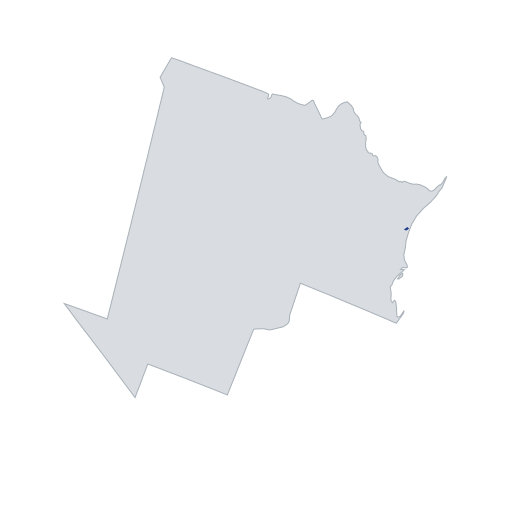 Dar Naim, Nouakchott, Mauritania (highlighted), rotated 203°
{"feature_id": "47542326B20684442825570", "entity_name": "Dar Naim", "entity_type": "district", "adm_level": 2, "iso_a3": "MRT", "parent_name": "Mauritania", "parent_adm1": "Nouakchott", "projection": "albers", "projection_center": [-15.933, 18.106], "detail": "fine", "context": "in_parent", "style": "filled", "palette": "blue", "viewbox_px": 512, "rotation_deg": 203, "n_neighbors": 0, "source": "geoboundaries", "source_scale": "gbopen_adm2", "svg_char_len": 3570}
<svg xmlns="http://www.w3.org/2000/svg" viewBox="0 0 512 512"><g transform="rotate(203 256 256)"><path d="M227.5,431.9L226.9,431.7L224.0,429.7L222.5,427.3L220.2,425.6L217.0,424.4L215.0,423.1L214.0,421.5L212.8,420.5L211.5,420.0L211.4,419.4L211.7,418.7L211.4,417.2L209.5,414.1L207.7,412.7L206.2,412.9L205.4,412.5L204.9,411.8L204.7,410.8L203.6,409.9L201.9,409.6L200.5,407.3L199.3,402.9L197.9,399.6L196.2,397.2L195.0,396.3L194.1,396.2L193.8,395.8L193.5,395.1L192.2,394.9L190.4,395.6L188.7,395.4L187.9,394.2L186.7,394.1L185.3,395.1L183.7,394.8L182.0,393.3L181.0,391.8L180.8,390.3L177.8,387.3L171.9,382.8L165.6,380.7L158.7,381.0L154.9,380.8L154.1,380.1L153.2,380.2L152.4,381.0L151.5,381.2L150.5,380.7L149.9,381.1L149.7,382.3L147.3,382.9L142.7,382.9L139.0,383.6L136.2,385.0L132.2,385.7L127.0,385.5L123.9,384.9L122.8,384.1L121.4,383.9L119.4,384.3L117.7,386.6L116.2,390.7L115.0,393.0L114.0,393.5L112.9,396.6L112.3,401.6L111.4,403.9L111.4,391.2L112.9,386.5L113.4,382.3L116.6,373.2L120.3,365.7L123.8,355.7L125.1,346.1L124.7,336.6L123.7,328.2L121.9,322.6L120.3,314.6L117.8,310.3L113.3,306.6L112.2,304.5L113.3,303.6L116.1,303.1L117.8,300.2L114.1,301.3L118.4,292.5L119.8,286.4L119.6,282.5L120.4,280.0L117.1,274.7L114.6,268.1L113.3,267.0L111.9,266.4L111.8,268.0L111.1,269.4L109.5,268.6L106.7,263.7L102.9,255.8L101.5,255.0L100.4,256.1L99.6,257.1L98.3,263.7L97.9,261.0L98.5,258.0L99.4,254.2L100.6,248.9L103.9,248.9L110.0,249.0L122.1,249.0L128.1,249.0L140.2,248.9L146.2,248.9L158.3,248.8L164.3,248.8L176.4,248.7L182.4,248.6L194.5,248.4L200.5,248.3L204.5,248.3L204.2,244.5L204.0,241.6L203.7,237.6L203.4,233.6L203.1,229.6L202.8,225.9L202.5,222.2L202.2,218.8L202.0,215.6L201.6,213.8L200.3,210.2L200.0,208.4L200.3,206.5L201.1,204.7L203.4,201.4L206.9,198.8L210.9,195.8L214.0,193.6L215.5,193.0L220.4,192.1L224.2,190.4L227.8,188.7L229.4,187.8L229.5,184.7L228.1,116.9L246.2,116.5L251.0,116.4L284.4,115.4L289.2,115.2L313.4,114.3L313.3,111.2L313.1,106.6L312.9,100.3L312.6,94.1L312.2,83.0L312.0,78.4L316.9,81.3L326.7,87.0L331.6,89.9L341.5,95.6L351.4,101.4L361.3,107.1L366.2,109.9L371.2,112.7L376.2,115.6L381.2,118.4L391.2,124.1L395.3,126.4L401.8,130.2L407.8,133.8L413.9,137.3L404.9,137.9L392.8,138.6L384.6,139.0L376.2,139.5L368.3,139.9L369.3,146.2L370.4,153.2L371.5,160.1L372.6,167.0L373.7,174.0L377.0,194.8L378.1,201.7L379.2,208.7L380.3,215.6L381.4,222.6L383.6,236.5L384.8,243.4L385.9,250.4L387.0,257.3L388.1,264.3L389.3,271.3L391.5,285.2L392.7,292.2L393.8,299.1L394.9,306.1L396.1,313.0L397.2,320.0L398.4,327.0L399.5,333.9L401.8,347.9L403.0,354.8L404.1,361.8L405.3,368.8L406.4,375.5L409.8,378.9L414.1,383.1L413.3,389.5L412.3,397.2L411.2,405.5L400.0,406.2L388.9,406.7L361.1,408.1L355.6,408.4L327.9,409.6L322.3,409.8L311.6,410.2L308.4,410.1L307.3,409.5L306.7,405.2L305.8,405.5L304.7,406.8L304.2,408.2L304.4,410.0L304.3,411.5L300.8,412.2L296.0,413.4L290.9,414.3L285.8,414.2L284.0,413.9L282.1,413.4L278.1,412.9L275.8,412.9L273.3,413.2L270.3,413.6L269.4,414.4L267.2,417.7L265.1,421.4L263.7,421.4L262.0,419.5L257.5,415.7L252.0,410.9L249.5,408.4L248.2,408.1L245.7,410.0L243.6,411.8L241.4,414.2L240.4,416.6L239.6,419.4L239.3,422.6L238.6,426.4L236.8,429.5L234.6,431.9L233.0,433.0L232.4,433.6L227.5,431.9ZM116.0,294.7L114.3,297.5L113.6,296.4L113.3,294.6L114.8,292.0L115.5,290.7L116.8,290.2L116.0,294.7Z" fill="#d9dde1" stroke="#a8b0b8" stroke-width="1"/><path d="M127.7,340.9L127.7,340.4L127.9,340.3L128.0,340.2L128.3,339.8L128.9,338.9L128.1,338.9L128.0,339.0L127.9,339.1L127.6,339.6L127.4,339.8L127.2,340.1L127.0,340.4L126.9,340.7L127.7,340.9Z" fill="#3b82f6" stroke="#1e3a8a" stroke-width="1.5"/></g></svg>